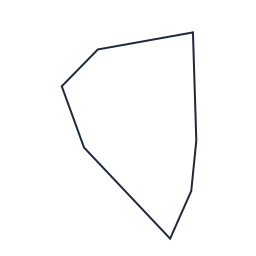 Pukapuka, orthographic projection, rotated 98°
{"feature_id": "COK-4959", "entity_name": "Pukapuka", "entity_type": "state/province", "adm_level": 1, "iso_a3": "COK", "parent_name": "Cook Islands", "parent_adm1": "", "projection": "orthographic", "projection_center": [-165.817, -10.886], "detail": "fine", "context": "isolated", "style": "outline", "palette": "slate", "viewbox_px": 256, "rotation_deg": 98, "n_neighbors": 0, "source": "natural_earth", "source_scale": "10m", "svg_char_len": 252}
<svg xmlns="http://www.w3.org/2000/svg" viewBox="0 0 256 256"><g transform="rotate(98 128 128)"><path d="M24.3,77.0L131.0,58.6L181.6,56.6L231.7,70.9L153.5,168.8L95.9,199.4L54.4,168.8L24.3,77.0Z" fill="none" stroke="#1e293b" stroke-width="2"/></g></svg>